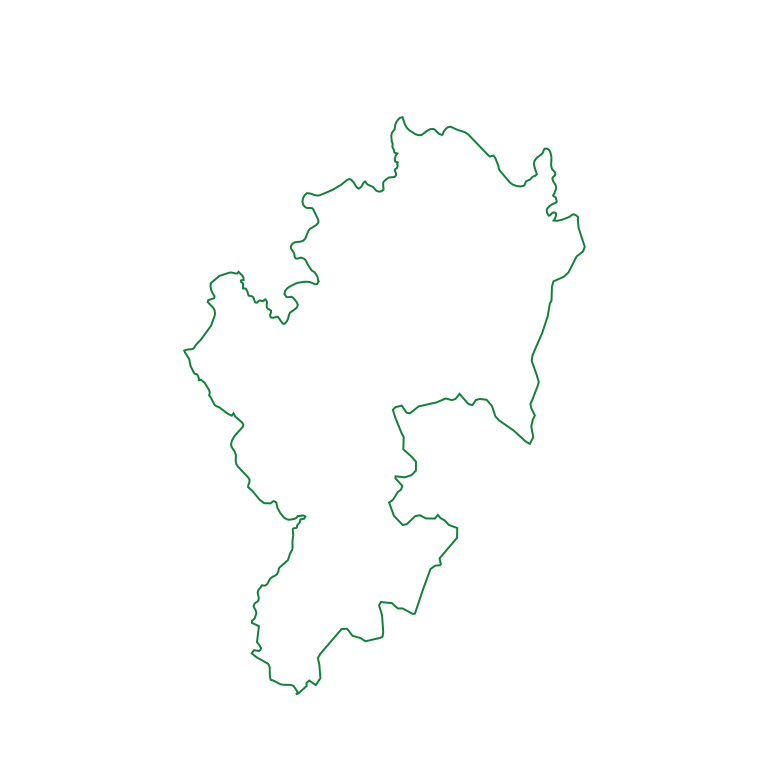 Sikasso, Robinson projection, rotated 140°
{"feature_id": "MLI-2794", "entity_name": "Sikasso", "entity_type": "Region", "adm_level": 1, "iso_a3": "MLI", "parent_name": "Mali", "parent_adm1": "", "projection": "robinson", "projection_center": [-6.512, 11.478], "detail": "fine", "context": "isolated", "style": "outline", "palette": "green", "viewbox_px": 768, "rotation_deg": 140, "n_neighbors": 0, "source": "natural_earth", "source_scale": "10m", "svg_char_len": 6166}
<svg xmlns="http://www.w3.org/2000/svg" viewBox="0 0 768 768"><g transform="rotate(140 384 384)"><path d="M650.9,202.8L649.5,203.0L648.6,202.8L648.2,203.2L647.4,210.8L648.6,213.2L654.1,218.0L656.3,220.4L659.0,227.2L660.1,229.1L660.8,229.6L660.9,230.2L660.0,232.2L658.2,234.9L653.6,240.5L652.6,244.1L657.3,256.5L658.5,262.8L654.7,263.6L651.2,259.7L649.3,259.9L647.9,260.8L647.2,265.3L647.3,267.8L635.5,278.9L638.7,285.9L637.5,287.4L633.6,287.6L629.0,290.5L627.7,293.4L627.4,295.7L626.8,297.6L624.2,299.0L620.3,298.7L618.9,299.1L617.6,300.4L614.8,305.5L613.0,306.8L609.4,307.5L607.1,308.3L604.6,305.9L601.9,305.8L596.5,308.0L593.8,308.0L591.1,307.3L588.3,307.0L585.5,308.3L583.1,310.2L581.7,310.6L570.9,310.8L564.8,314.6L560.8,316.0L558.9,317.8L555.5,322.1L550.5,326.7L547.9,330.7L547.1,331.5L546.1,331.6L543.9,330.2L543.0,330.2L541.4,331.5L537.0,332.3L535.6,333.8L534.9,334.0L532.0,332.2L529.5,332.8L529.5,333.5L530.3,335.2L534.3,337.7L534.8,338.3L537.0,337.8L539.5,338.3L544.0,341.0L545.5,343.0L546.5,345.9L546.4,351.7L545.3,357.4L542.9,362.0L542.9,363.6L543.9,365.3L547.8,365.6L552.4,369.7L553.6,374.9L553.6,387.0L554.4,392.2L553.4,393.5L550.6,395.0L548.6,396.9L548.1,399.6L549.0,414.8L548.7,417.2L547.2,420.2L543.1,424.8L541.9,428.2L541.1,434.2L539.8,436.2L536.8,438.4L532.4,440.1L519.6,442.0L517.8,443.4L517.4,445.7L518.9,454.5L518.1,458.3L521.0,457.6L522.8,461.6L525.1,471.8L526.7,474.9L527.2,476.7L525.4,485.1L525.2,487.8L523.3,489.1L522.5,490.2L521.8,492.3L520.6,500.2L521.5,505.1L523.4,506.0L522.2,507.3L521.3,509.6L521.1,511.9L522.1,512.9L522.5,514.3L520.7,521.9L517.2,528.4L516.2,535.9L515.5,538.0L512.0,536.5L509.2,534.4L507.6,533.8L506.3,533.8L502.7,534.9L495.6,535.7L479.0,539.8L469.8,545.2L467.9,546.9L466.4,549.3L465.8,552.0L466.4,560.0L464.9,561.2L458.9,558.9L457.4,560.2L456.9,563.9L456.0,567.0L454.5,569.8L452.1,572.5L440.6,572.6L430.9,568.7L429.2,567.5L426.6,564.0L425.2,562.9L423.3,563.4L422.9,558.0L423.2,556.0L424.8,554.0L426.6,555.2L427.6,554.8L427.9,554.0L427.4,551.7L430.5,547.8L428.6,546.0L429.0,543.3L430.9,538.8L428.8,536.0L428.4,534.6L428.7,533.3L430.2,529.8L429.7,528.4L428.9,527.9L426.4,528.2L425.5,527.9L423.4,525.2L422.3,525.1L421.2,525.4L420.5,525.1L420.6,522.8L421.2,521.7L423.5,519.5L424.4,518.3L424.6,516.6L423.4,512.8L424.5,511.5L427.2,509.9L427.8,508.2L427.4,507.0L426.2,505.9L422.4,504.1L422.1,502.9L422.7,496.9L422.5,494.8L421.2,494.0L418.1,494.5L415.1,495.9L412.7,497.8L410.2,499.1L404.2,498.5L401.4,498.7L399.2,499.9L398.3,502.6L398.1,508.3L398.8,510.3L401.9,512.2L402.8,513.6L402.4,517.0L399.9,518.8L396.8,519.5L394.1,519.3L387.1,517.7L385.0,516.9L379.8,513.8L377.2,511.8L375.3,509.8L372.6,504.7L371.0,503.5L368.1,504.6L368.3,505.0L366.2,508.6L365.6,511.3L365.3,514.0L366.4,517.5L365.7,524.1L364.5,528.8L364.7,531.3L366.3,534.2L370.1,535.9L370.9,537.0L370.8,538.5L368.8,542.0L368.1,547.4L367.1,549.2L364.1,550.3L361.2,549.9L356.4,546.7L353.6,545.7L350.8,546.0L343.2,550.0L340.7,550.3L333.5,549.3L330.6,549.8L329.0,551.6L325.9,563.3L326.2,565.2L329.3,567.8L330.5,569.4L330.8,573.1L329.2,576.2L326.5,578.4L323.5,579.6L320.4,579.8L318.1,577.4L316.2,574.1L314.1,571.3L311.9,569.9L299.2,565.9L289.1,564.2L281.0,564.0L278.9,563.4L277.8,561.6L277.7,558.0L278.5,552.1L277.7,549.8L274.8,549.6L270.1,551.4L268.4,551.4L268.4,547.5L265.8,541.9L265.7,537.4L265.0,535.7L263.9,534.4L262.6,533.5L261.1,533.2L259.3,533.3L256.2,537.7L255.2,538.7L254.1,539.2L250.5,539.3L247.5,539.0L242.8,535.8L240.2,536.3L239.5,537.5L238.3,540.9L237.2,541.3L235.6,541.1L234.5,541.4L232.7,543.0L232.7,544.0L231.0,544.9L232.5,547.1L231.1,549.5L228.2,551.4L225.6,552.0L227.3,554.5L225.8,557.4L225.5,559.5L224.8,560.7L223.0,562.2L222.1,564.9L219.0,569.3L216.6,571.3L212.1,572.3L208.4,575.5L206.1,576.7L203.4,577.5L200.7,577.6L198.3,576.5L201.1,569.5L201.8,566.1L201.6,562.4L199.4,555.3L197.5,552.2L195.0,550.6L188.0,550.2L184.7,549.5L182.2,547.6L181.5,545.7L181.3,541.8L180.9,540.0L179.6,537.7L178.8,537.4L175.7,539.1L172.7,539.7L170.0,539.7L167.6,538.3L164.4,531.5L160.5,525.5L159.1,521.6L157.1,492.7L156.6,490.1L153.2,488.6L153.5,485.6L156.2,477.5L157.8,475.0L158.1,472.3L158.0,457.2L157.2,453.9L155.2,450.5L152.6,447.7L149.7,446.1L148.2,446.1L145.7,447.6L144.4,447.9L140.9,446.7L136.9,447.2L134.3,446.3L132.2,446.3L128.9,454.1L127.6,456.4L125.3,458.1L123.2,458.8L120.9,459.1L116.4,458.7L113.9,459.0L111.7,460.3L109.7,461.0L107.7,459.4L107.1,457.1L107.6,454.6L109.8,450.3L115.8,443.6L117.1,440.6L117.0,436.1L118.1,434.4L119.2,433.9L121.8,433.9L122.9,433.2L124.0,430.9L124.8,425.7L126.3,423.2L131.0,420.5L133.2,419.8L133.4,418.8L132.6,416.6L134.0,413.4L135.2,412.3L140.1,413.6L142.4,413.9L145.0,413.7L147.3,412.8L148.8,410.9L149.6,407.1L148.3,406.4L145.9,406.9L143.6,406.4L142.5,404.2L144.1,402.3L146.7,400.9L149.0,400.2L146.2,397.5L142.3,395.5L134.6,392.8L131.0,392.7L129.5,392.1L128.5,389.9L128.0,387.2L129.8,385.4L134.6,378.5L142.0,360.1L146.3,357.6L154.5,357.9L170.9,350.9L177.4,350.6L188.2,353.7L192.8,350.6L202.1,340.2L205.4,338.9L215.0,330.7L229.7,321.6L251.8,310.5L255.9,306.9L260.9,293.5L264.1,286.1L267.3,283.9L280.2,276.7L284.8,274.5L286.8,270.6L288.6,263.0L293.0,260.9L298.5,256.8L303.8,247.3L310.8,244.4L312.4,248.6L314.5,264.6L319.3,282.4L319.5,287.6L315.4,297.9L315.6,306.0L320.0,310.8L323.8,312.7L329.8,311.0L332.2,314.3L332.5,327.9L338.9,326.6L342.2,327.9L346.1,333.3L355.3,336.0L371.9,344.6L383.0,344.9L385.2,347.5L384.3,356.0L390.1,358.9L393.8,358.5L396.8,351.3L401.7,336.4L403.2,330.4L411.2,321.6L409.6,310.7L409.5,303.8L415.3,297.1L421.7,296.5L428.2,299.3L434.4,305.8L435.9,304.4L435.4,294.1L439.0,292.1L442.8,292.4L451.7,289.5L456.3,289.9L461.1,276.7L460.3,263.9L456.6,262.0L445.0,262.7L440.8,260.3L438.3,254.1L431.5,248.2L426.9,249.1L426.9,245.1L425.1,240.0L424.9,234.3L420.5,226.6L426.9,219.2L453.5,214.7L456.4,209.3L457.7,209.2L461.5,211.9L467.3,212.4L486.9,201.1L507.9,188.2L509.7,189.3L514.0,200.1L517.7,203.2L518.9,211.2L526.6,219.0L530.1,217.6L534.0,208.3L544.1,194.4L547.7,191.3L550.1,192.0L563.6,198.9L565.3,204.5L570.0,211.4L569.6,220.1L573.9,223.6L606.2,218.2L610.9,216.6L613.6,211.1L621.8,199.5L629.8,197.2L631.9,204.9L635.4,204.8L637.4,202.4L648.5,202.0L650.9,202.8Z" fill="none" stroke="#15803d" stroke-width="2"/></g></svg>